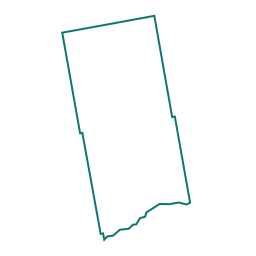 outline of Rock, Nebraska, United States of America, rotated 170°
{"feature_id": "52423323B87460612121029", "entity_name": "Rock", "entity_type": "district", "adm_level": 2, "iso_a3": "USA", "parent_name": "United States of America", "parent_adm1": "Nebraska", "projection": "albers", "projection_center": [-99.446, 42.445], "detail": "fine", "context": "isolated", "style": "outline", "palette": "teal", "viewbox_px": 256, "rotation_deg": 170, "n_neighbors": 0, "source": "geoboundaries", "source_scale": "gbopen_adm2", "svg_char_len": 430}
<svg xmlns="http://www.w3.org/2000/svg" viewBox="0 0 256 256"><g transform="rotate(170 128 128)"><path d="M82.6,233.9L176.2,233.3L176.1,131.1L173.8,131.1L173.3,28.5L170.9,28.5L170.8,22.1L167.0,24.9L161.5,24.5L153.7,29.2L144.7,28.7L140.0,31.9L136.6,31.7L131.9,37.1L126.4,37.7L124.7,41.6L110.1,47.7L100.6,45.8L91.1,45.8L83.7,42.5L79.8,43.7L79.9,131.1L82.6,131.1L82.6,233.9Z" fill="none" stroke="#0f766e" stroke-width="2"/></g></svg>